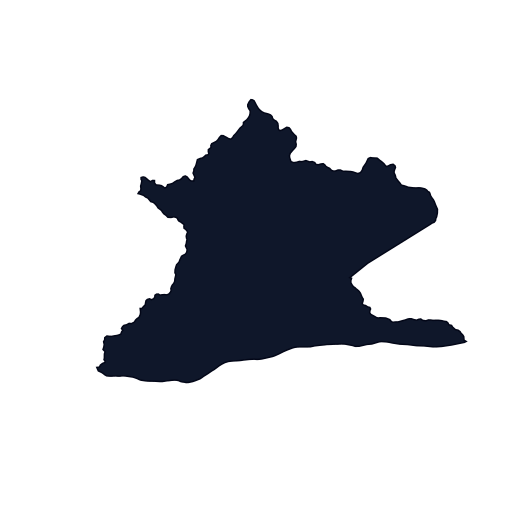 Manga, Minas Gerais, Brazil (Natural Earth projection), rotated 71°
{"feature_id": "56859067B62699928720183", "entity_name": "Manga", "entity_type": "district", "adm_level": 2, "iso_a3": "BRA", "parent_name": "Brazil", "parent_adm1": "Minas Gerais", "projection": "natural_earth1", "projection_center": [-44.106, -14.67], "detail": "fine", "context": "isolated", "style": "filled", "palette": "ink", "viewbox_px": 512, "rotation_deg": 71, "n_neighbors": 0, "source": "geoboundaries", "source_scale": "gbopen_adm2", "svg_char_len": 6112}
<svg xmlns="http://www.w3.org/2000/svg" viewBox="0 0 512 512"><g transform="rotate(71 256 256)"><path d="M405.2,85.1L403.3,86.7L399.8,85.8L397.7,86.3L395.8,87.3L393.9,87.7L391.9,89.1L390.6,91.4L388.8,92.4L387.2,93.3L385.3,93.7L383.8,96.1L381.8,96.3L380.0,97.3L378.9,99.5L377.6,101.5L376.8,103.1L376.1,104.6L375.3,107.0L374.5,109.6L373.4,111.7L372.6,113.8L372.6,116.5L371.1,119.4L369.2,120.7L368.8,122.9L369.0,125.0L367.5,127.5L366.0,129.4L365.3,131.2L365.0,133.2L365.1,135.7L364.9,138.1L364.6,143.1L363.7,145.9L363.2,148.4L361.5,149.6L359.7,150.2L356.9,153.5L354.8,158.7L354.4,160.7L353.4,162.2L351.9,163.4L348.5,166.5L346.7,167.0L344.7,166.1L343.4,164.9L341.7,165.1L340.5,167.0L338.5,168.5L337.3,170.5L335.6,171.1L333.6,169.6L331.7,168.6L330.3,169.0L328.6,169.2L325.1,169.4L322.8,170.1L321.0,171.1L319.7,172.0L318.2,172.7L316.7,173.9L314.5,174.6L312.0,175.0L309.9,174.2L308.2,172.9L307.0,174.4L299.2,152.7L282.7,80.6L282.2,78.9L282.1,76.6L280.9,74.7L279.1,73.8L277.8,72.5L274.4,70.5L273.0,70.0L270.9,69.2L266.2,69.6L262.7,69.7L260.6,70.0L258.1,70.8L255.9,71.3L253.8,71.2L252.2,71.3L251.0,72.5L249.3,73.1L247.5,74.5L246.2,76.5L245.3,78.0L244.5,79.9L243.8,82.4L242.9,84.8L240.5,89.8L239.1,91.4L237.7,93.3L236.3,95.5L233.8,96.2L231.3,97.2L229.2,97.9L227.7,98.4L226.0,98.1L224.2,98.1L222.5,98.4L220.8,97.8L219.2,96.6L217.7,95.3L216.0,95.2L213.9,96.5L213.5,99.3L213.9,101.3L213.9,103.4L212.5,104.3L210.8,104.8L208.9,105.8L207.4,106.7L205.9,107.8L204.3,108.7L202.9,109.6L201.1,114.1L200.2,115.8L200.4,118.2L204.0,121.7L207.0,125.8L209.5,127.7L211.2,130.1L211.2,132.9L209.8,134.8L208.2,136.8L207.0,138.9L205.1,143.5L204.2,146.2L202.2,148.2L201.4,150.4L201.5,153.1L201.1,154.8L199.7,156.7L197.0,157.9L195.6,159.4L194.1,160.7L192.2,161.3L190.6,162.4L190.1,164.8L190.0,167.5L188.7,169.7L186.8,170.0L185.0,172.1L184.5,174.7L183.4,176.0L182.0,177.8L181.9,180.8L181.5,182.6L180.7,184.1L180.6,187.0L180.0,190.0L178.2,192.2L174.2,192.2L172.0,191.7L170.0,190.2L167.9,186.7L166.8,184.6L165.5,182.6L163.4,181.6L160.9,181.4L157.6,179.3L155.8,179.1L153.7,180.3L149.8,181.9L147.5,182.2L145.5,183.0L144.3,185.0L144.8,187.4L145.4,190.3L145.2,192.7L143.7,193.5L141.8,193.3L140.2,192.7L137.7,192.2L135.2,192.9L133.8,194.2L132.4,195.2L130.8,195.5L129.3,195.4L127.4,196.3L126.0,197.8L124.8,199.5L123.4,201.7L121.4,203.6L118.6,205.2L117.0,205.8L113.3,206.6L111.0,206.9L108.6,207.3L107.2,208.5L106.5,209.9L108.1,212.4L110.2,214.5L111.9,215.1L114.4,214.9L116.8,214.2L119.2,215.1L121.1,216.3L122.6,217.9L124.2,220.3L125.6,224.4L127.1,224.9L128.4,225.8L129.9,229.5L132.6,233.5L133.8,235.4L135.0,237.9L136.5,239.6L137.3,242.0L135.7,244.1L134.2,245.3L132.9,246.6L131.6,247.7L130.8,249.7L132.0,252.0L133.6,254.0L134.7,256.1L135.1,258.9L135.4,261.3L136.8,262.7L138.8,263.2L139.9,266.4L142.0,267.2L143.7,267.1L144.7,268.5L144.3,270.6L145.2,272.6L145.9,274.8L145.6,276.8L145.8,280.0L149.6,282.5L151.1,283.6L152.4,285.0L153.5,286.4L155.2,287.0L157.1,288.5L161.8,288.1L163.1,289.5L164.8,290.4L164.0,292.8L162.6,294.0L158.8,295.4L157.3,296.8L157.3,299.0L158.6,301.2L159.3,303.7L158.9,305.8L159.4,308.5L160.2,311.3L160.1,314.0L159.8,316.3L161.8,318.1L162.0,320.2L160.4,321.2L158.7,322.5L157.5,324.5L156.3,327.3L154.0,328.2L151.6,327.4L150.9,329.1L151.3,331.7L149.2,333.2L147.2,334.3L145.5,335.4L144.5,337.0L144.4,339.1L146.1,339.7L147.7,339.4L149.2,340.3L150.6,341.1L152.3,342.3L155.0,342.9L156.8,343.8L157.2,345.6L158.6,347.2L159.7,345.5L162.1,342.5L164.2,341.2L166.0,339.4L168.1,338.6L170.3,337.8L171.8,335.7L173.2,334.8L174.7,334.1L176.5,333.4L178.7,332.9L180.8,331.4L182.3,330.5L183.8,330.2L186.1,329.4L188.3,327.8L190.7,326.7L191.9,323.8L192.2,320.9L193.5,319.0L194.9,318.0L196.4,318.0L197.9,317.5L199.5,316.0L201.4,314.8L202.9,313.7L204.4,314.5L206.3,315.0L207.8,313.9L209.7,313.1L211.4,312.9L212.6,314.2L214.5,315.5L216.5,315.9L218.0,315.8L219.4,316.8L221.4,317.8L223.5,319.4L227.6,319.0L230.0,320.4L231.3,322.2L231.6,324.6L232.0,326.5L233.4,327.8L234.9,329.3L236.5,330.5L237.6,332.3L238.4,333.9L240.2,335.3L242.7,337.0L245.5,338.1L247.5,337.8L249.1,338.8L251.0,340.0L253.6,341.2L255.2,342.8L256.3,344.7L257.6,346.0L259.3,347.2L260.8,347.3L262.4,348.7L263.7,351.1L263.6,353.3L262.7,355.1L262.1,357.4L261.7,359.6L260.2,360.7L259.7,362.5L260.2,364.3L261.8,365.0L263.1,366.6L263.3,369.1L261.8,370.6L261.7,372.9L262.4,374.5L264.2,375.6L266.1,376.6L267.2,378.9L268.5,381.0L267.9,382.6L271.5,383.4L273.6,384.4L275.9,386.6L276.5,388.9L277.4,390.8L278.9,392.5L279.4,395.7L278.4,397.9L278.9,400.8L278.6,403.4L279.3,405.1L280.8,406.8L282.9,406.1L283.9,407.7L285.9,409.3L286.0,411.9L285.8,413.8L285.4,415.9L285.0,418.7L284.2,420.9L283.1,423.0L284.0,425.6L286.0,426.4L287.4,428.0L290.2,428.3L292.6,429.6L294.6,431.1L297.3,429.8L299.2,431.2L301.4,432.0L303.1,432.6L304.6,433.5L306.1,432.8L307.5,433.6L307.6,436.1L308.5,438.7L310.1,440.2L309.5,442.8L313.3,442.5L315.9,439.8L317.5,438.6L319.0,437.7L320.7,436.2L321.7,434.0L322.6,431.6L323.1,429.6L323.8,427.5L324.7,425.5L325.3,423.7L325.7,421.6L326.7,419.0L330.4,411.8L331.6,410.2L333.3,408.1L335.0,406.4L336.0,405.1L337.9,401.4L339.1,398.8L341.4,392.5L343.6,387.2L344.2,385.3L345.0,380.7L345.5,378.9L346.0,376.4L346.8,373.4L347.6,371.5L348.7,369.6L350.1,368.2L351.1,366.6L351.9,364.9L352.9,363.3L353.6,360.9L354.1,356.7L354.1,354.0L353.9,349.0L353.3,346.7L352.7,344.9L351.6,340.1L350.2,335.1L349.7,332.6L348.7,329.4L347.8,326.7L347.1,323.6L346.6,320.2L346.7,316.5L347.3,313.7L348.0,310.9L348.8,308.2L349.5,305.6L349.9,303.8L350.2,302.0L350.8,299.4L351.5,296.3L352.3,293.5L353.0,291.2L354.1,288.7L354.7,286.5L355.2,284.1L355.7,279.7L356.4,273.1L356.4,270.9L356.0,266.4L355.3,261.2L355.0,257.2L354.9,254.3L354.8,251.2L355.0,248.8L355.5,246.4L356.3,243.7L357.9,239.1L359.5,234.3L359.8,232.0L360.0,230.0L361.3,224.1L362.2,220.4L362.7,217.9L364.1,213.3L364.6,211.4L365.9,207.5L366.4,205.7L367.0,203.7L368.3,200.4L372.0,193.9L373.7,191.6L374.9,187.9L375.7,180.0L376.9,175.1L377.2,167.7L377.7,165.3L379.6,160.7L380.9,158.2L382.6,155.4L386.1,148.8L389.1,141.4L393.0,133.5L395.7,126.4L399.5,118.2L400.6,114.9L402.0,109.7L403.8,100.0L405.5,87.1L405.2,85.1Z" fill="#0f172a" stroke="#020617" stroke-width="1.5"/></g></svg>